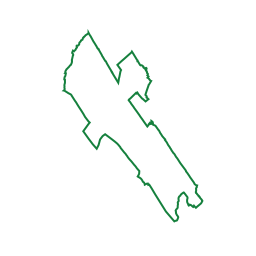 the district of Braesti, Botosani, Romania, rotated 254°
{"feature_id": "2599482B30071805057841", "entity_name": "Braesti", "entity_type": "district", "adm_level": 2, "iso_a3": "ROU", "parent_name": "Romania", "parent_adm1": "Botosani", "projection": "natural_earth1", "projection_center": [26.468, 47.861], "detail": "fine", "context": "isolated", "style": "outline", "palette": "green", "viewbox_px": 256, "rotation_deg": 254, "n_neighbors": 0, "source": "geoboundaries", "source_scale": "gbopen_adm2", "svg_char_len": 5738}
<svg xmlns="http://www.w3.org/2000/svg" viewBox="0 0 256 256"><g transform="rotate(254 128 128)"><path d="M200.3,152.7L200.0,152.8L198.0,148.5L195.4,143.1L194.3,140.7L192.5,137.0L191.6,135.2L185.6,137.3L185.3,137.0L184.2,136.2L179.5,133.8L178.8,133.4L178.3,133.0L176.4,132.2L174.4,131.2L174.2,131.1L183.7,128.5L185.5,128.2L186.0,128.1L185.9,127.9L187.2,127.6L188.2,127.5L189.9,127.0L195.8,125.5L198.2,125.1L198.5,124.7L199.5,124.4L200.5,124.1L201.2,123.9L201.4,123.9L201.9,123.7L202.7,123.6L204.0,123.1L205.5,122.9L210.4,121.7L211.8,121.5L211.8,121.2L213.1,120.8L213.2,120.6L213.6,120.6L215.2,120.2L215.9,120.1L216.2,119.9L217.2,119.7L219.2,119.1L220.0,118.9L220.4,118.7L225.4,117.6L226.7,117.3L228.1,116.8L230.5,116.3L230.2,116.2L229.8,115.7L229.1,113.8L228.9,112.9L228.7,112.5L228.2,111.9L227.9,111.3L227.8,110.8L227.7,110.6L227.3,110.4L227.3,110.2L227.1,109.7L226.8,109.4L225.6,108.7L225.4,108.5L225.4,108.2L225.2,107.3L225.1,106.9L224.4,106.5L224.2,106.2L223.5,104.9L223.1,104.6L222.0,104.2L221.6,103.7L221.2,103.3L221.0,102.8L221.3,101.4L221.1,101.2L220.8,101.1L220.4,101.2L219.4,101.1L218.8,100.0L217.7,99.2L217.5,98.8L217.3,98.4L216.9,97.6L216.9,97.4L217.3,96.8L217.2,96.8L216.9,96.8L217.0,96.6L217.2,96.2L216.9,95.8L216.2,95.5L215.6,95.0L215.1,95.1L214.3,95.5L213.9,95.6L213.5,95.5L213.0,95.3L212.7,94.9L212.1,94.6L209.0,92.9L208.8,92.7L208.7,92.7L208.6,92.8L208.2,92.7L207.1,92.4L206.9,92.2L206.5,92.1L206.3,92.0L205.9,91.7L205.7,91.5L204.5,90.6L204.3,90.0L204.0,89.3L203.2,88.4L202.4,86.9L201.8,86.0L201.4,85.1L199.9,83.6L199.7,83.4L198.8,83.2L198.5,83.0L198.3,82.8L198.2,83.2L198.1,83.3L197.8,83.4L197.6,83.3L195.3,82.1L195.0,81.8L194.4,81.1L194.0,80.9L192.7,80.3L192.4,80.2L192.3,80.5L192.1,80.6L191.9,80.7L190.0,80.2L188.7,79.8L187.6,79.1L186.5,78.6L185.9,78.5L185.6,78.5L184.4,78.0L182.9,77.9L182.3,77.5L182.1,77.3L181.8,76.8L181.7,76.6L181.4,77.2L180.5,78.0L178.5,79.8L178.2,80.0L176.0,82.3L175.4,82.6L174.6,82.8L174.4,82.8L174.2,82.9L168.8,84.5L166.9,85.2L165.3,85.6L162.1,86.5L157.6,87.9L153.8,89.0L150.4,89.8L145.3,91.8L143.8,92.7L142.6,91.0L137.2,84.1L128.2,87.3L124.1,88.9L122.2,89.6L116.7,92.2L119.7,95.0L124.5,97.9L125.0,98.4L127.1,101.2L127.4,101.8L128.3,104.3L126.2,105.9L125.3,106.6L121.3,109.6L118.7,111.5L116.2,113.2L114.7,114.0L111.7,115.3L111.1,115.4L110.8,115.4L109.5,116.0L105.4,117.7L103.9,118.5L102.6,118.9L101.1,119.5L99.9,119.8L97.7,120.7L94.9,122.1L90.6,123.9L89.9,124.3L88.2,125.0L86.9,125.4L83.5,127.0L81.2,126.2L80.7,125.9L80.0,125.3L78.8,124.1L78.7,124.0L78.4,124.3L78.1,124.4L77.2,125.4L75.9,126.4L75.1,126.8L74.7,126.9L73.7,127.3L72.5,127.4L72.1,127.6L71.1,128.4L69.8,128.6L68.9,128.5L69.3,130.7L69.1,131.8L67.7,131.8L67.7,132.8L63.4,134.1L56.9,135.8L37.3,141.4L25.5,146.8L25.7,147.8L25.6,149.3L25.7,149.6L26.5,150.4L28.2,151.6L28.4,151.7L28.9,151.7L29.9,151.4L30.8,151.0L32.5,150.7L33.3,150.7L33.9,151.0L35.4,151.0L35.6,151.1L36.0,151.5L36.5,152.1L37.1,153.1L37.5,153.6L38.0,153.9L39.7,154.4L41.1,155.1L42.2,155.2L42.7,155.3L43.1,155.6L43.3,155.9L43.5,156.3L44.2,156.7L45.0,156.8L46.6,157.2L47.1,157.5L48.0,158.3L48.6,159.7L49.4,160.4L50.0,161.7L50.5,163.0L50.7,163.7L50.6,163.9L50.3,164.1L49.5,164.3L48.3,164.9L47.3,165.2L45.4,166.0L44.5,166.0L44.0,165.8L43.3,165.4L42.6,165.0L41.2,164.6L40.5,164.5L39.9,164.5L38.5,164.8L37.5,164.8L36.7,165.0L36.7,165.4L37.3,166.3L36.8,166.8L36.7,167.1L35.8,167.8L34.5,168.6L34.1,168.9L34.2,169.1L35.1,170.0L34.2,170.4L32.6,171.3L33.3,172.7L34.7,175.9L35.4,177.4L35.8,177.9L37.4,179.4L38.0,179.1L38.5,179.2L39.2,178.9L39.8,178.6L40.2,178.4L40.7,178.1L41.7,178.0L41.9,177.9L42.5,177.3L42.8,177.1L43.0,177.2L43.1,177.3L43.2,177.2L43.4,177.2L44.0,176.9L44.5,176.6L44.9,176.4L45.6,176.1L46.0,176.1L46.6,175.7L46.8,175.5L47.2,175.6L47.4,175.6L47.6,175.5L48.1,175.7L48.6,176.1L48.8,176.2L49.4,176.3L49.8,176.5L50.8,176.6L51.6,177.1L51.8,177.4L52.0,177.7L52.3,177.7L53.7,178.6L54.0,178.0L54.4,177.6L55.0,177.1L55.7,176.6L57.4,176.3L59.7,175.5L59.9,175.4L61.4,174.9L63.6,174.1L65.1,173.7L68.7,172.5L69.6,172.1L70.3,171.8L70.7,171.9L71.6,171.7L79.8,168.6L85.2,167.0L87.1,166.2L89.6,165.6L90.5,165.3L91.5,164.7L92.3,164.4L92.9,164.3L94.4,163.7L95.2,163.6L95.7,163.5L97.1,163.0L97.8,162.9L98.7,162.6L100.6,161.9L102.6,161.5L103.5,161.3L106.4,160.2L106.8,160.6L108.1,159.9L110.7,158.7L112.9,158.1L114.3,157.6L115.5,157.4L117.1,157.1L117.4,156.8L117.7,156.7L122.6,155.0L124.3,153.0L124.9,153.2L125.5,153.2L125.9,153.3L127.0,153.3L127.3,153.2L127.6,152.9L128.3,152.4L126.8,151.9L125.6,151.8L125.5,151.5L125.7,151.0L125.7,150.0L126.6,150.0L126.0,149.1L125.9,149.1L125.7,149.2L125.5,148.9L125.2,148.4L124.4,147.5L124.1,147.0L128.4,145.5L129.8,145.0L131.4,144.5L135.8,142.9L136.9,142.6L141.7,140.9L145.5,139.5L146.9,139.1L149.0,138.3L150.6,137.7L151.5,137.5L152.8,137.0L152.9,136.9L154.6,136.3L155.0,136.8L155.3,137.2L155.6,138.1L157.5,141.6L159.6,145.5L158.8,145.9L159.4,146.8L157.3,147.4L152.4,149.7L151.9,150.2L148.7,152.2L150.1,155.6L151.3,154.9L152.2,154.2L152.3,154.2L152.8,154.6L153.3,154.7L153.9,154.5L154.3,154.2L154.7,153.9L155.1,153.9L155.3,154.0L158.9,156.4L163.0,159.3L163.7,159.7L163.8,160.0L166.8,163.2L167.1,162.8L167.6,162.5L168.9,161.9L169.4,161.8L170.3,161.3L170.9,160.7L171.1,161.1L171.7,161.6L171.9,161.9L173.3,161.1L173.6,161.5L173.9,161.8L174.5,162.0L174.8,161.9L175.1,161.8L175.3,161.7L175.8,161.4L176.2,161.5L176.6,161.7L177.0,161.6L177.6,161.6L178.0,161.2L178.4,161.0L178.7,161.1L179.2,161.7L179.7,162.1L180.1,162.3L180.5,162.2L180.8,162.0L180.8,161.9L180.7,161.2L180.8,160.7L180.6,160.4L182.0,159.5L182.3,159.7L182.5,159.8L182.9,159.7L184.4,158.6L184.7,158.0L184.7,157.4L185.2,157.0L189.6,155.8L189.9,155.8L189.9,155.7L190.1,155.8L190.5,155.6L191.5,155.3L198.1,153.5L200.4,152.8L200.3,152.7Z" fill="none" stroke="#15803d" stroke-width="2"/></g></svg>